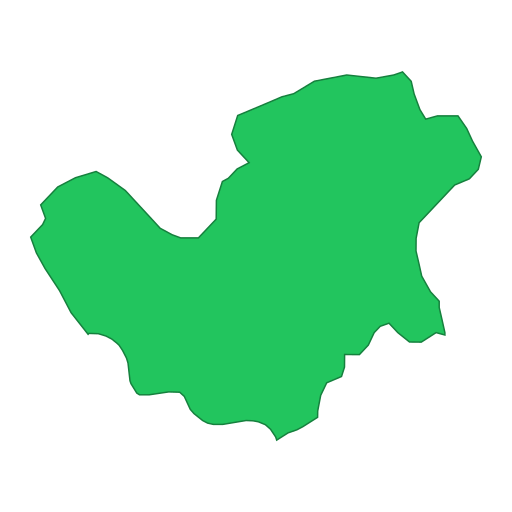 outline of Songchon, P'yŏngan-namdo, North Korea
{"feature_id": "82179303B38365888495896", "entity_name": "Songchon", "entity_type": "district", "adm_level": 2, "iso_a3": "PRK", "parent_name": "North Korea", "parent_adm1": "P'yŏngan-namdo", "projection": "albers", "projection_center": [126.243, 39.3], "detail": "fine", "context": "isolated", "style": "filled", "palette": "green", "viewbox_px": 512, "rotation_deg": 0, "n_neighbors": 0, "source": "geoboundaries", "source_scale": "gbopen_adm2", "svg_char_len": 1488}
<svg xmlns="http://www.w3.org/2000/svg" viewBox="0 0 512 512"><path d="M444.9,335.0L444.9,332.7L442.1,320.1L439.2,307.5L439.2,301.2L430.5,291.8L421.7,276.1L418.9,263.5L416.0,251.0L416.1,238.4L419.1,222.7L428.0,213.3L442.8,197.6L454.7,185.0L469.4,178.8L478.3,169.3L481.3,156.8L472.5,141.1L466.7,128.5L458.0,115.9L446.3,115.9L437.4,115.9L425.7,119.1L419.9,109.6L414.1,93.9L411.2,81.3L402.5,71.9L400.7,72.6L393.7,75.0L376.0,78.2L346.7,75.0L314.4,81.2L293.7,93.7L281.9,96.8L267.2,103.1L252.5,109.3L237.7,115.5L231.7,134.4L237.4,150.1L249.1,162.7L237.2,168.9L228.3,178.3L222.4,181.5L216.4,200.3L216.2,219.1L198.4,237.9L180.7,237.9L172.0,234.7L160.2,228.3L148.6,215.7L139.9,206.3L125.3,190.5L107.8,177.9L96.1,171.5L75.5,177.7L57.7,187.0L40.7,204.9L45.6,218.4L42.6,224.6L30.7,237.1L36.4,252.9L45.1,268.6L59.6,290.7L71.1,312.7L88.1,334.3L88.9,333.4L98.4,333.7L105.9,336.0L111.7,339.0L116.5,342.8L119.0,345.1L122.5,350.3L126.5,358.1L128.0,363.0L130.0,380.8L131.0,383.7L136.8,393.1L139.5,394.8L149.1,394.8L168.7,391.9L179.7,392.2L184.3,396.4L190.3,409.4L194.0,413.6L202.6,420.5L207.6,423.1L213.4,424.4L222.7,424.4L246.1,420.5L253.1,420.8L258.4,421.8L265.4,424.7L270.5,429.2L275.7,437.0L276.7,440.1L288.0,432.9L296.9,429.8L302.8,426.7L317.6,417.3L317.7,411.0L320.7,395.3L326.7,382.8L341.5,376.5L344.5,367.1L344.6,354.5L359.4,354.6L368.3,345.1L374.2,332.6L380.2,326.3L389.0,323.2L397.8,332.6L409.5,342.0L421.3,342.1L436.1,332.6L444.9,335.0Z" fill="#22c55e" stroke="#15803d" stroke-width="1.5"/></svg>